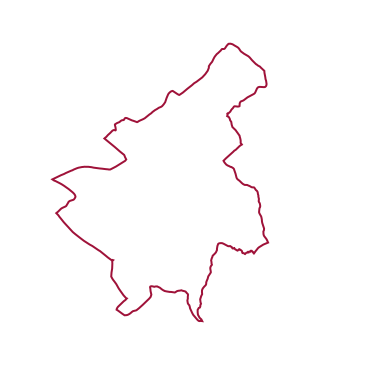 the district of Masasi Township Authority, Mtwara, United Republic of Tanzania, rotated 318°
{"feature_id": "72390352B27431607141265", "entity_name": "Masasi Township Authority", "entity_type": "district", "adm_level": 2, "iso_a3": "TZA", "parent_name": "United Republic of Tanzania", "parent_adm1": "Mtwara", "projection": "equal_earth", "projection_center": [38.869, -10.751], "detail": "fine", "context": "isolated", "style": "outline", "palette": "rose", "viewbox_px": 384, "rotation_deg": 318, "n_neighbors": 0, "source": "geoboundaries", "source_scale": "gbopen_adm2", "svg_char_len": 6007}
<svg xmlns="http://www.w3.org/2000/svg" viewBox="0 0 384 384"><g transform="rotate(318 192 192)"><path d="M326.8,150.4L326.4,145.6L326.4,144.3L325.6,142.1L325.3,140.2L325.1,139.9L325.0,138.2L324.8,134.3L324.9,130.5L324.7,128.8L323.2,124.1L322.4,120.2L322.6,118.5L322.8,117.4L322.9,115.9L322.6,114.5L321.6,111.5L321.0,109.4L319.9,107.6L319.3,107.2L318.8,106.6L318.1,106.3L315.8,106.5L312.6,107.3L311.9,107.3L311.3,107.0L310.2,106.0L309.7,105.8L308.0,106.1L304.2,106.2L302.7,106.1L300.2,106.5L298.9,106.8L297.0,107.5L294.1,108.7L291.3,109.1L288.7,109.8L287.6,111.0L284.8,112.4L280.7,113.3L276.3,113.7L269.1,113.1L266.4,112.6L263.5,112.6L257.8,112.2L251.7,112.0L248.1,111.5L247.4,111.3L246.8,109.8L245.3,104.0L244.1,103.3L243.3,103.2L242.4,103.1L240.5,103.2L239.1,103.7L235.9,105.2L233.6,106.5L232.2,107.3L229.7,107.9L227.3,108.2L225.9,108.0L223.7,107.2L221.5,106.9L219.3,106.4L216.1,106.1L214.5,106.2L212.2,105.9L206.2,105.6L204.2,105.1L201.2,104.1L199.3,103.6L198.6,103.6L197.9,103.3L197.8,103.1L196.2,100.1L195.3,98.6L193.0,93.4L192.3,92.6L191.5,92.3L190.8,92.4L190.3,92.7L189.3,92.8L188.6,92.2L187.6,91.7L186.6,91.5L184.9,91.5L182.4,90.6L180.0,90.2L179.6,90.5L178.4,92.8L176.9,94.9L176.4,95.0L175.6,93.9L175.1,93.5L174.4,93.3L173.7,93.2L170.7,93.4L167.6,93.4L165.1,93.7L163.9,93.6L162.7,93.6L164.7,106.8L165.5,113.4L166.0,116.6L166.4,119.0L166.1,120.0L165.6,121.2L164.9,123.8L163.2,124.1L152.5,122.2L148.6,121.2L146.4,120.6L145.4,119.8L144.6,118.8L143.2,117.3L140.6,114.3L139.3,112.9L135.2,108.1L133.9,106.3L131.9,104.0L129.1,101.4L126.9,99.8L123.9,98.0L122.3,97.3L118.9,96.1L117.8,95.9L116.7,95.4L111.0,93.5L109.0,93.0L106.0,91.9L96.7,89.2L97.0,90.5L97.3,91.5L97.8,92.3L99.6,97.0L100.3,99.0L101.1,101.9L101.6,104.2L102.3,107.2L103.1,112.5L103.2,114.5L102.9,116.3L102.2,117.6L101.1,118.1L99.5,118.5L98.6,118.4L95.3,116.9L93.8,116.7L93.1,117.0L89.2,118.2L88.3,118.1L86.1,117.4L84.7,117.0L83.4,116.8L79.5,117.0L77.0,116.9L77.1,118.9L77.1,120.2L76.9,121.4L76.7,125.2L76.5,128.5L76.5,131.2L76.6,142.0L77.1,145.4L78.1,151.1L79.0,155.9L80.8,162.6L81.3,164.0L81.8,165.4L83.6,172.8L84.1,174.3L85.4,182.5L85.6,184.0L86.1,186.5L86.6,188.7L87.5,189.3L87.8,189.9L86.4,190.0L85.1,191.7L81.5,195.4L78.3,198.0L75.4,200.8L75.0,202.3L74.8,203.2L74.6,204.5L74.4,207.0L74.1,209.8L73.0,214.6L72.6,217.6L72.0,222.9L72.0,226.4L72.1,227.1L72.3,227.5L70.3,227.7L68.1,227.5L60.1,227.8L58.9,228.1L57.9,228.5L57.2,229.0L57.6,230.3L58.8,236.1L59.4,238.5L61.1,239.8L62.1,240.3L63.6,240.7L65.1,240.9L67.0,240.9L68.5,241.1L71.1,242.5L71.6,242.7L74.8,242.9L80.0,242.9L88.8,242.6L91.0,242.3L93.1,241.1L94.9,237.9L96.2,236.2L97.2,234.6L97.9,234.4L98.7,234.8L99.7,235.9L100.5,237.2L101.4,237.6L102.9,238.8L104.1,241.7L104.4,243.9L105.0,246.2L105.4,246.9L105.4,247.2L106.6,248.9L108.7,251.5L109.6,252.3L112.0,255.2L114.7,255.7L115.8,256.3L116.9,257.1L118.4,258.0L118.8,258.9L119.9,260.5L120.6,261.7L120.5,263.7L120.6,264.9L120.3,265.7L118.6,267.2L117.7,268.3L115.9,269.6L114.4,272.0L114.2,273.1L114.2,274.4L113.7,275.5L112.7,277.2L111.2,282.0L110.7,284.1L110.5,290.2L110.6,291.7L110.9,292.6L111.5,293.2L112.0,293.4L113.2,294.8L113.7,293.0L113.5,290.5L114.3,287.2L115.7,285.2L117.3,283.4L119.4,282.7L120.6,283.1L121.7,282.5L122.6,281.6L123.9,281.1L124.6,279.6L126.3,277.2L129.2,275.5L131.2,274.7L132.4,273.1L133.7,271.7L135.4,270.9L137.7,270.5L139.8,270.4L140.9,269.9L142.2,268.6L143.9,267.7L145.5,267.0L147.6,265.6L152.1,264.4L152.8,263.6L154.2,261.3L155.2,260.3L156.5,259.7L158.1,259.4L158.7,258.2L159.6,257.1L160.4,255.7L162.1,254.6L163.8,253.8L164.7,253.2L167.5,253.1L169.3,252.9L171.8,251.8L172.3,251.1L174.8,249.1L176.8,248.1L177.8,248.3L178.9,249.0L180.1,250.1L180.8,251.5L182.5,256.2L183.2,257.1L184.1,257.6L184.3,258.1L184.3,258.5L184.7,259.4L184.5,259.9L184.4,261.1L184.7,261.5L185.6,261.7L185.9,261.9L185.7,262.3L185.8,263.8L186.1,264.3L186.2,265.0L186.5,265.8L186.7,266.1L188.0,266.0L188.5,266.0L189.0,266.3L188.8,266.7L188.9,267.3L189.4,267.7L189.6,268.9L189.5,269.6L188.8,270.6L188.7,271.2L189.5,272.0L189.7,272.6L189.7,273.2L189.9,273.6L191.4,273.5L192.1,273.6L192.9,274.4L193.1,274.5L193.1,274.4L193.2,274.2L193.5,274.0L193.9,274.5L194.0,274.6L194.6,274.6L195.5,275.5L195.8,275.4L195.9,275.0L196.4,275.0L196.5,275.1L197.0,275.6L197.0,276.0L197.1,276.3L197.0,277.0L197.2,277.4L197.2,277.9L196.9,278.0L196.9,279.1L198.1,278.9L199.1,278.6L201.7,278.2L203.3,277.9L204.7,277.9L209.8,278.8L214.7,280.5L215.5,278.1L215.8,276.8L215.9,275.9L216.1,273.3L216.3,272.4L216.9,271.2L218.6,269.1L219.8,268.6L220.6,267.9L221.1,267.4L222.7,263.8L223.5,262.0L224.3,260.7L225.6,259.0L226.5,257.5L227.1,256.3L227.2,255.6L227.8,253.0L228.1,252.3L228.4,251.8L230.7,249.7L231.3,249.2L232.4,248.8L233.2,248.2L233.8,247.4L234.5,246.3L234.9,245.3L235.0,244.5L235.4,243.5L237.1,241.9L238.2,239.9L239.0,239.0L239.6,237.7L240.6,236.2L240.8,235.7L241.0,234.6L240.8,233.3L241.1,231.2L241.2,230.8L241.2,230.3L241.0,229.9L240.7,229.6L240.4,229.4L239.5,228.3L238.7,225.8L238.4,225.4L237.7,223.7L236.0,222.1L235.7,221.5L235.2,220.0L235.0,218.5L234.9,216.8L234.8,215.4L234.4,213.3L234.4,212.1L234.7,211.1L236.6,207.5L238.3,203.5L238.6,202.8L238.6,202.0L238.0,199.8L237.5,199.2L236.8,197.4L236.2,196.1L235.8,194.5L235.9,191.8L236.3,189.9L239.6,189.7L249.5,189.7L251.2,189.6L252.6,189.9L258.2,189.7L259.9,189.9L260.8,190.1L260.9,189.3L260.9,188.3L261.2,187.8L262.2,186.8L262.8,186.0L263.8,184.3L264.2,183.4L265.1,181.8L265.1,181.2L265.5,177.9L265.6,176.6L265.8,175.5L265.5,170.8L266.5,168.6L268.1,166.1L268.3,164.3L269.1,162.7L269.5,161.1L268.9,159.1L270.0,158.6L270.5,157.5L271.2,157.4L271.7,157.9L274.2,157.9L276.0,157.3L277.2,157.1L278.2,157.1L280.3,156.6L281.0,156.8L281.8,157.6L283.1,159.1L284.1,159.8L284.7,160.0L285.3,159.5L286.8,158.0L288.0,157.5L288.9,157.4L290.7,158.1L291.7,158.4L296.6,158.8L303.5,160.5L304.6,160.6L305.7,160.3L309.5,158.6L310.8,158.4L311.5,158.5L312.7,159.2L315.8,162.4L316.8,162.9L318.0,162.8L318.9,162.3L319.7,161.6L321.5,158.9L322.2,157.3L323.3,155.7L325.6,151.9L326.8,150.4Z" fill="none" stroke="#9f1239" stroke-width="2"/></g></svg>